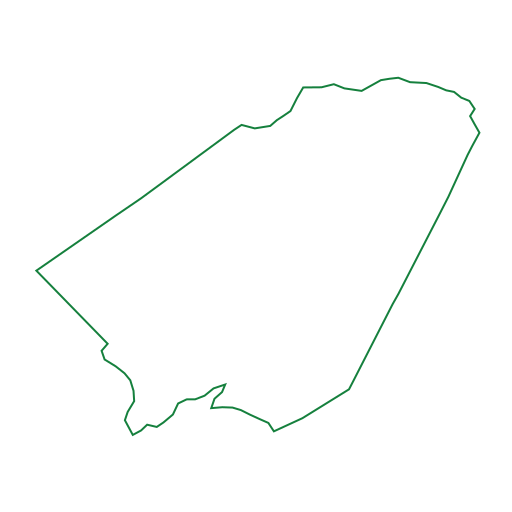 Areia Branca, Sergipe, Brazil (Albers equal-area conic projection), rotated 182°
{"feature_id": "56859067B35376876870912", "entity_name": "Areia Branca", "entity_type": "district", "adm_level": 2, "iso_a3": "BRA", "parent_name": "Brazil", "parent_adm1": "Sergipe", "projection": "albers", "projection_center": [-37.332, -10.786], "detail": "fine", "context": "isolated", "style": "outline", "palette": "green", "viewbox_px": 512, "rotation_deg": 182, "n_neighbors": 0, "source": "geoboundaries", "source_scale": "gbopen_adm2", "svg_char_len": 1003}
<svg xmlns="http://www.w3.org/2000/svg" viewBox="0 0 512 512"><g transform="rotate(182 256 256)"><path d="M475.0,233.7L401.2,163.1L407.0,155.9L403.7,147.3L392.3,140.8L383.3,134.2L377.3,127.4L373.7,117.0L372.7,106.7L378.8,95.7L381.3,87.3L372.9,72.9L364.8,77.6L358.9,83.6L349.2,81.7L342.7,86.4L333.5,94.7L328.7,105.9L320.3,110.3L311.9,110.6L302.5,114.6L293.8,122.2L282.3,126.5L285.2,118.8L292.5,111.9L295.4,102.4L284.4,103.7L274.2,103.7L265.8,101.5L256.4,97.2L246.3,93.0L237.8,89.6L232.0,81.4L204.0,95.5L158.4,126.0L154.1,135.1L117.8,212.6L112.4,223.0L74.4,303.5L65.8,321.9L48.0,364.5L43.7,373.6L37.0,387.0L42.3,395.6L46.9,403.3L42.6,410.6L48.2,418.4L56.4,421.4L63.8,426.9L71.7,428.2L79.8,431.3L91.7,434.8L108.1,435.1L120.0,439.1L128.7,437.8L137.3,436.1L156.2,424.7L173.5,426.6L184.2,430.4L196.4,426.9L214.7,426.1L220.5,415.3L226.6,402.1L233.2,397.2L239.9,392.5L246.3,386.5L261.7,383.5L275.0,386.5L282.3,381.3L372.4,310.0L397.7,291.4L475.0,233.7Z" fill="none" stroke="#15803d" stroke-width="2"/></g></svg>